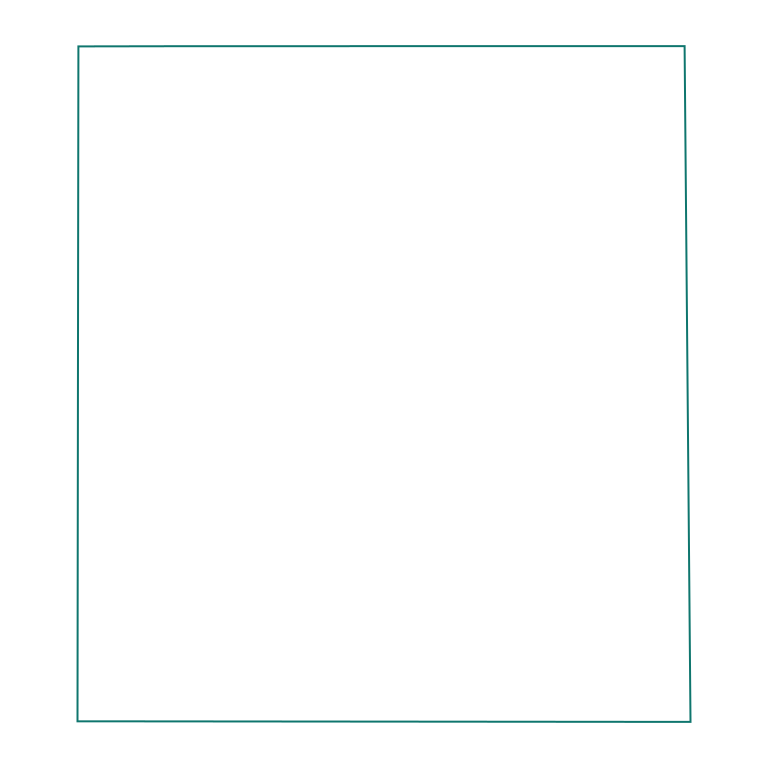 Lamb, Texas, United States of America
{"feature_id": "52423323B61761098121912", "entity_name": "Lamb", "entity_type": "district", "adm_level": 2, "iso_a3": "USA", "parent_name": "United States of America", "parent_adm1": "Texas", "projection": "robinson", "projection_center": [-102.337, 34.069], "detail": "fine", "context": "isolated", "style": "outline", "palette": "teal", "viewbox_px": 768, "rotation_deg": 0, "n_neighbors": 0, "source": "geoboundaries", "source_scale": "gbopen_adm2", "svg_char_len": 193}
<svg xmlns="http://www.w3.org/2000/svg" viewBox="0 0 768 768"><path d="M684.6,46.1L181.8,46.2L78.4,46.4L77.5,721.3L690.5,721.9L684.6,46.1Z" fill="none" stroke="#0f766e" stroke-width="2"/></svg>